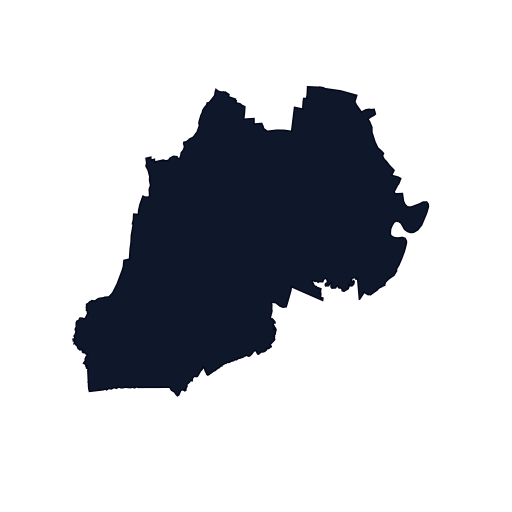 outline of Ban Phaeo, Samut Sakhon, Thailand, rotated 21°
{"feature_id": "78962969B41699219692517", "entity_name": "Ban Phaeo", "entity_type": "district", "adm_level": 2, "iso_a3": "THA", "parent_name": "Thailand", "parent_adm1": "Samut Sakhon", "projection": "equal_earth", "projection_center": [100.121, 13.585], "detail": "fine", "context": "isolated", "style": "filled", "palette": "ink", "viewbox_px": 512, "rotation_deg": 21, "n_neighbors": 0, "source": "geoboundaries", "source_scale": "gbopen_adm2", "svg_char_len": 6132}
<svg xmlns="http://www.w3.org/2000/svg" viewBox="0 0 512 512"><g transform="rotate(21 256 256)"><path d="M313.7,76.7L311.4,78.0L309.0,78.5L306.1,80.2L302.9,83.9L295.7,79.1L293.0,76.7L292.5,69.9L275.9,71.5L259.3,75.3L259.0,74.7L254.7,75.5L254.4,75.9L243.5,79.5L245.8,86.4L246.8,90.8L244.0,91.8L244.9,95.5L247.0,102.1L238.7,103.4L244.6,126.9L237.8,128.4L230.5,131.0L221.9,135.5L217.6,134.4L215.7,132.0L213.8,130.2L206.9,133.5L204.9,128.4L195.5,132.7L193.8,126.0L192.1,120.6L189.0,120.4L186.6,119.6L182.1,120.2L182.0,118.1L180.4,118.2L180.6,116.9L173.2,117.2L172.9,114.9L168.7,114.0L168.5,114.6L167.2,114.3L165.2,115.3L163.2,115.6L161.4,115.6L158.9,114.8L159.1,117.4L159.8,120.1L159.8,121.5L157.4,129.4L155.6,130.6L155.8,132.8L154.7,135.9L154.1,139.2L154.5,141.6L154.2,144.1L154.7,150.7L155.3,153.0L156.4,154.2L156.6,161.9L155.9,163.3L155.5,165.5L154.6,167.9L152.0,170.6L151.2,172.4L150.3,173.9L148.9,175.2L148.1,175.3L147.9,175.6L148.1,176.9L150.1,179.6L150.3,183.1L149.2,186.3L149.8,189.1L150.0,192.3L147.1,193.0L146.7,191.6L143.2,192.5L140.6,195.5L140.2,197.4L139.3,198.6L135.6,200.3L135.1,200.3L135.2,199.6L134.9,199.7L127.6,204.6L126.5,202.1L123.5,204.2L122.4,201.4L118.3,204.2L120.6,208.3L121.1,211.6L124.5,214.5L128.3,219.8L129.5,223.5L132.3,227.9L132.3,231.0L132.5,232.2L135.0,237.6L134.9,239.0L134.0,239.9L131.0,240.8L129.0,240.6L129.2,249.5L130.2,256.1L130.6,256.6L131.1,259.5L126.8,260.7L128.6,266.3L129.1,270.3L130.0,270.2L132.3,281.7L134.4,287.8L136.0,294.5L139.0,304.2L134.3,307.4L136.0,313.5L136.3,318.0L136.4,332.0L135.5,341.0L135.0,342.9L133.4,346.9L129.4,348.8L128.9,349.5L124.7,351.8L123.8,352.6L121.8,355.7L118.5,356.6L118.1,357.7L117.3,358.1L116.3,360.6L115.3,361.4L115.2,362.4L116.1,363.7L115.9,364.7L116.7,365.7L117.1,367.4L118.3,367.4L118.5,368.7L119.5,369.2L119.1,374.4L118.5,376.3L116.1,376.3L113.9,377.0L113.7,377.7L113.8,379.4L112.1,381.1L112.1,382.8L113.7,386.8L113.4,388.3L113.7,389.7L114.7,390.4L115.1,391.5L115.3,394.0L114.8,396.0L116.0,396.8L116.2,397.8L115.6,398.9L115.0,399.3L115.9,400.1L115.9,400.7L117.3,400.4L117.6,403.1L118.6,402.5L119.8,403.6L120.9,403.6L122.9,406.0L125.2,406.8L127.1,405.6L128.2,407.4L128.5,406.7L129.0,406.8L129.4,408.1L131.3,407.6L132.7,408.5L133.7,408.0L134.2,408.4L134.3,408.8L133.5,410.9L133.4,413.5L134.2,414.7L133.4,417.9L134.2,418.1L134.8,417.8L136.1,418.7L136.7,419.8L137.3,419.8L137.8,419.2L138.1,420.0L137.7,421.0L138.0,421.4L139.7,421.0L139.9,422.8L144.3,432.9L144.6,434.2L145.4,435.0L145.9,436.7L147.7,440.3L149.0,442.1L161.4,435.6L162.9,434.2L164.5,434.5L165.9,432.5L168.7,431.9L170.5,429.7L173.2,429.5L174.9,427.4L176.8,427.5L178.2,427.1L181.1,425.3L186.0,423.9L188.0,422.6L190.0,422.6L191.1,421.0L193.0,420.9L222.1,409.6L222.7,409.6L225.2,411.6L228.8,412.2L230.7,413.7L232.8,414.7L233.7,413.4L233.9,408.3L234.8,407.7L234.9,407.1L236.2,407.2L236.5,406.5L236.9,407.0L237.4,406.6L237.9,407.3L238.6,406.5L238.0,404.3L238.3,402.5L237.4,400.7L239.0,397.8L239.6,395.6L241.1,395.4L240.5,392.8L241.0,391.2L241.9,390.3L244.0,389.8L244.5,389.1L245.4,383.2L246.1,381.8L246.7,378.7L247.9,379.2L250.4,382.1L251.9,383.0L252.0,383.7L253.3,384.5L254.1,384.1L256.8,380.1L256.8,379.7L259.2,377.1L259.4,376.3L261.1,373.8L261.5,373.7L261.8,372.5L262.3,372.1L262.5,370.9L263.5,370.9L263.5,369.5L264.0,369.3L265.6,367.4L266.5,366.9L266.7,366.3L267.7,365.3L268.4,365.3L269.4,364.6L270.3,363.4L272.5,361.8L273.4,360.4L275.1,359.8L276.1,358.0L277.7,357.1L278.1,356.1L278.8,356.2L279.7,355.4L280.7,354.4L280.9,353.3L281.9,353.1L282.4,352.0L284.8,352.2L285.8,351.7L286.9,349.6L288.0,345.8L288.5,344.9L289.5,344.5L290.2,344.6L292.7,346.9L293.5,346.8L295.3,343.6L296.5,343.3L298.1,342.1L298.8,341.1L299.5,339.6L298.9,338.6L299.4,338.1L300.5,338.1L301.1,337.7L302.1,335.8L302.6,335.6L302.6,334.8L301.3,334.3L300.9,333.7L303.4,327.5L303.2,326.9L302.2,326.0L302.2,324.6L301.4,324.0L301.9,322.1L301.3,319.8L301.4,318.9L301.0,317.4L299.9,316.4L299.4,317.9L298.8,318.3L298.4,318.0L298.3,317.4L298.6,316.1L298.4,315.2L297.6,314.5L296.5,314.5L296.6,312.2L297.8,311.6L296.8,310.3L296.4,310.1L295.4,310.3L295.0,309.4L293.6,308.8L293.2,308.9L292.6,310.0L291.9,309.3L291.3,307.5L290.7,301.9L289.3,299.1L288.4,296.2L287.0,293.9L288.3,293.2L291.3,292.5L296.0,294.1L299.4,294.2L302.4,292.6L300.9,275.7L300.1,272.0L334.1,273.6L333.6,271.3L331.2,271.6L329.9,267.6L329.3,267.7L328.3,263.3L325.3,263.4L324.2,263.9L323.4,262.9L321.3,263.1L317.7,259.8L317.4,259.1L318.3,258.3L320.3,258.6L321.5,257.5L323.4,258.3L324.5,257.1L327.5,256.2L327.5,253.5L328.4,252.4L329.8,251.7L331.9,254.1L332.0,255.7L331.3,256.3L330.8,257.3L331.3,258.6L331.7,259.0L334.5,257.7L334.9,255.0L335.7,254.4L336.6,255.2L336.7,255.7L336.4,256.2L336.9,256.8L337.0,257.9L338.4,258.8L341.7,257.3L342.0,255.1L343.2,254.3L343.8,254.5L343.8,255.4L344.1,255.7L345.1,256.1L345.8,255.6L347.0,255.5L348.4,256.3L348.9,257.5L350.8,257.4L353.8,253.5L353.7,250.6L353.0,250.0L352.8,249.1L353.6,249.2L354.5,249.9L355.7,249.8L356.3,249.5L357.1,247.8L357.3,246.8L356.8,244.6L355.8,244.1L355.4,244.8L355.6,245.9L354.8,246.2L353.9,245.4L353.5,244.1L353.8,242.6L354.6,241.5L357.0,240.6L357.6,241.8L359.2,241.1L368.0,259.3L368.3,259.0L370.0,251.1L373.6,251.8L374.3,251.5L374.6,251.9L376.1,251.1L376.8,251.2L379.8,246.4L380.3,246.1L380.6,245.0L381.4,244.3L381.7,242.8L383.1,240.8L384.1,240.0L384.5,239.1L386.7,237.2L386.2,235.4L386.4,233.5L388.2,229.6L391.7,224.6L392.6,219.5L391.8,217.7L392.6,213.3L392.9,205.8L392.8,198.0L391.9,190.4L391.2,188.3L388.9,186.1L385.9,186.2L382.4,188.2L379.4,189.1L376.8,189.2L374.2,188.4L373.0,186.0L372.0,182.4L372.1,178.7L372.8,174.8L374.6,173.0L377.0,172.7L379.6,173.3L385.2,177.9L388.4,178.8L391.3,178.8L393.6,178.0L395.0,177.0L397.6,173.7L399.5,167.7L399.9,154.6L399.3,148.1L398.0,145.7L396.0,144.4L392.6,145.8L390.1,148.7L383.1,154.8L379.8,155.9L376.6,154.5L374.0,151.9L370.3,145.2L363.6,148.1L361.9,146.5L362.8,138.7L363.3,137.6L363.4,131.8L360.5,131.4L353.7,132.1L354.2,126.5L348.0,123.6L344.0,121.1L340.9,119.7L338.2,117.2L338.3,114.5L335.7,113.2L330.9,111.4L326.3,107.0L319.9,99.0L318.0,94.2L314.0,90.0L311.4,88.1L312.9,85.6L315.9,82.1L316.6,80.6L313.7,76.7Z" fill="#0f172a" stroke="#020617" stroke-width="1.5"/></g></svg>